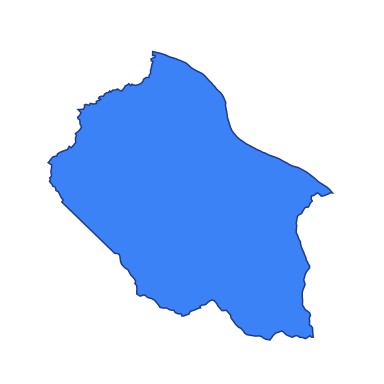 Couto Magalhães, Tocantins, Brazil, rotated 101°
{"feature_id": "56859067B61149343342397", "entity_name": "Couto Magalhães", "entity_type": "district", "adm_level": 2, "iso_a3": "BRA", "parent_name": "Brazil", "parent_adm1": "Tocantins", "projection": "albers", "projection_center": [-49.159, -8.438], "detail": "fine", "context": "isolated", "style": "filled", "palette": "blue", "viewbox_px": 384, "rotation_deg": 101, "n_neighbors": 0, "source": "geoboundaries", "source_scale": "gbopen_adm2", "svg_char_len": 3680}
<svg xmlns="http://www.w3.org/2000/svg" viewBox="0 0 384 384"><g transform="rotate(101 192 192)"><path d="M61.6,257.4L65.6,256.7L65.0,254.2L66.7,253.9L67.8,255.7L69.2,257.6L71.0,257.0L71.3,255.1L74.6,255.7L78.3,255.6L80.6,255.9L83.5,255.3L85.3,256.2L87.8,256.2L88.3,258.8L90.6,261.1L92.8,261.3L94.8,262.5L96.1,264.0L97.3,265.9L98.0,267.5L98.1,270.0L97.6,271.6L99.3,272.5L97.7,274.7L99.1,275.7L100.6,277.8L102.5,278.3L106.1,280.2L106.1,282.3L105.1,284.8L106.5,286.5L107.1,289.3L109.4,290.7L108.5,292.1L110.2,292.8L110.8,294.6L112.5,296.5L114.9,297.1L115.3,299.3L116.2,301.0L117.8,301.6L118.5,299.4L120.0,301.2L121.3,303.2L123.3,302.6L124.5,305.7L124.4,308.7L126.6,309.7L126.2,312.6L127.2,314.3L129.0,313.5L131.5,314.5L132.0,316.3L132.8,319.6L134.2,317.6L135.5,316.0L138.6,317.1L140.3,318.5L141.8,317.8L142.8,315.8L146.6,314.9L149.1,312.9L151.8,313.7L154.0,315.1L156.9,317.6L158.9,316.2L161.1,316.7L163.5,316.2L165.7,315.5L167.2,316.5L171.6,318.9L170.6,321.3L174.1,322.3L175.5,324.9L177.1,327.5L178.7,329.8L180.4,331.4L182.3,331.4L183.9,335.0L186.2,336.6L188.8,337.7L190.6,338.8L191.5,336.8L192.1,334.9L195.1,334.5L198.9,334.4L201.0,333.6L203.5,332.9L205.1,334.4L207.0,333.3L208.8,333.9L210.2,332.2L211.3,330.7L212.8,329.9L213.3,327.1L216.5,325.8L217.3,323.3L219.5,321.5L222.7,319.1L224.4,316.8L226.7,317.9L265.2,258.8L267.0,256.0L266.6,253.5L267.0,251.8L268.9,250.5L274.0,248.8L276.0,247.6L277.4,246.0L279.2,243.4L280.7,239.8L285.2,236.3L286.1,234.8L288.2,232.1L290.1,230.4L292.9,230.5L294.2,228.6L297.3,227.6L300.5,227.2L302.6,226.8L304.1,223.1L302.1,219.3L302.9,217.2L304.0,215.5L304.3,211.9L305.2,208.4L309.2,203.4L311.4,201.3L311.4,197.6L310.7,195.5L311.0,193.7L311.9,191.4L311.8,189.3L311.7,187.1L313.6,185.4L314.2,182.3L313.8,179.4L315.6,178.2L315.3,176.5L313.8,174.2L312.5,171.8L309.4,170.8L308.0,168.1L306.5,165.7L305.0,163.7L304.1,161.5L302.7,162.4L301.0,160.6L300.5,158.4L299.5,156.8L297.5,155.6L295.8,153.9L294.3,152.1L294.3,149.7L295.4,148.2L296.9,146.4L298.6,145.1L302.6,140.2L302.5,138.4L301.5,135.8L304.2,132.3L305.5,130.6L308.3,129.6L311.9,125.6L313.8,123.6L315.8,120.6L316.5,118.0L318.6,115.1L320.6,113.2L321.6,110.8L321.3,101.9L320.4,98.6L320.7,96.2L321.7,94.0L322.4,91.8L322.4,87.3L320.0,86.1L317.2,84.9L314.6,83.0L313.3,80.6L311.4,77.7L312.0,75.4L314.1,72.4L314.9,69.2L315.4,65.7L314.1,64.0L313.1,62.4L313.2,60.1L314.1,58.7L313.7,56.0L314.3,52.6L313.2,51.3L310.6,48.9L311.7,47.2L311.3,45.2L308.3,46.3L302.3,47.8L300.8,49.4L299.9,51.6L296.8,51.7L293.2,52.9L290.5,52.1L288.2,53.5L286.9,55.9L286.0,58.3L281.8,62.0L277.1,62.8L274.0,63.7L269.8,64.6L267.0,64.4L261.2,63.3L258.6,64.7L256.7,65.6L254.8,65.3L251.6,65.2L248.8,64.5L246.1,63.2L244.1,62.1L241.9,62.5L240.3,64.3L238.5,65.3L237.1,66.8L234.9,67.6L233.1,68.9L231.0,70.2L229.3,71.2L225.0,74.3L222.0,75.6L220.3,76.0L217.9,78.1L215.7,79.4L214.1,80.3L212.3,81.8L210.0,82.3L204.9,82.8L203.4,83.7L196.2,83.9L194.5,83.2L192.1,80.3L188.9,79.3L185.6,78.0L184.5,74.8L182.7,74.3L180.4,73.9L177.9,72.2L176.1,73.8L172.9,73.8L172.2,71.9L170.3,69.9L168.8,69.0L169.8,66.6L171.4,64.2L170.7,62.2L167.8,57.6L166.2,55.7L166.1,53.9L163.3,57.4L161.4,60.6L158.0,69.5L154.7,75.0L150.7,83.0L147.7,92.4L147.4,97.7L146.6,101.4L145.4,104.3L144.1,109.0L143.0,112.0L142.1,116.2L141.0,123.6L139.8,127.7L139.6,130.1L138.6,133.0L138.1,135.6L134.4,147.8L131.6,154.2L129.9,157.6L126.0,162.6L124.1,164.5L121.0,166.7L112.5,171.2L106.2,173.4L100.9,175.6L97.9,175.9L93.4,178.8L91.2,180.5L89.1,182.9L86.4,187.3L84.2,189.7L82.7,192.0L81.0,193.8L80.0,195.6L76.7,200.0L74.9,202.5L73.7,205.0L71.9,211.6L70.2,216.4L67.8,220.1L66.3,223.1L64.2,233.7L63.6,240.2L62.6,243.6L61.9,249.2L61.6,257.4Z" fill="#3b82f6" stroke="#1e3a8a" stroke-width="1.5"/></g></svg>